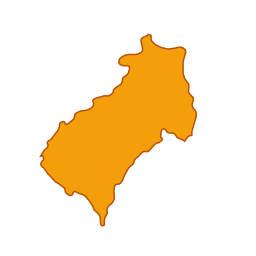 outline of Deux-Sèvres, rotated 234°
{"feature_id": "FRA-5285", "entity_name": "Deux-Sèvres", "entity_type": "Metropolitan department", "adm_level": 1, "iso_a3": "FRA", "parent_name": "France", "parent_adm1": "", "projection": "albers", "projection_center": [-0.346, 46.535], "detail": "fine", "context": "isolated", "style": "filled", "palette": "amber", "viewbox_px": 256, "rotation_deg": 234, "n_neighbors": 0, "source": "natural_earth", "source_scale": "10m", "svg_char_len": 2713}
<svg xmlns="http://www.w3.org/2000/svg" viewBox="0 0 256 256"><g transform="rotate(234 128 128)"><path d="M102.5,192.6L99.8,192.0L97.3,190.1L87.6,177.6L84.5,175.3L85.6,173.1L85.6,170.9L85.0,168.5L83.9,166.1L85.3,165.7L87.0,164.8L87.8,164.1L90.9,162.5L92.0,162.2L95.3,162.3L96.0,162.2L96.9,161.7L100.3,157.9L101.3,157.4L102.3,157.2L103.2,157.3L104.1,157.5L104.7,157.5L105.5,157.1L106.3,156.2L106.7,155.0L106.4,153.8L105.1,152.2L101.3,149.0L100.4,149.0L99.8,149.4L99.0,149.5L98.3,148.7L97.9,146.3L98.0,144.7L98.9,142.1L99.0,141.1L99.0,140.0L97.2,131.3L97.5,129.7L98.2,128.6L99.1,127.9L99.7,127.0L99.9,126.0L99.8,124.4L98.9,119.6L98.8,116.3L98.5,115.1L97.8,113.8L96.4,112.1L95.8,110.4L95.6,109.1L95.7,107.9L95.6,106.8L95.3,105.4L94.8,103.8L91.8,97.5L88.8,92.7L87.9,90.0L87.8,88.2L88.9,86.1L89.2,85.1L89.3,84.4L88.9,83.4L88.0,82.0L85.6,79.8L79.2,75.7L78.2,74.4L77.2,72.6L76.5,69.9L76.3,66.6L75.9,65.1L74.5,63.1L71.5,61.4L70.4,59.7L69.0,56.6L67.5,54.8L63.4,51.8L63.7,50.8L63.7,50.4L64.0,49.7L64.7,49.2L66.3,49.5L67.5,50.0L71.9,52.9L72.9,53.4L74.0,53.6L75.5,53.6L81.9,52.5L85.1,53.4L91.2,54.0L98.4,53.3L100.4,52.5L101.0,52.2L102.9,50.4L107.6,48.0L108.2,47.1L108.1,46.2L106.9,44.2L106.6,43.1L107.0,42.1L107.9,41.2L108.9,40.6L111.2,39.8L112.4,39.7L113.6,39.9L116.1,41.3L117.7,41.0L123.9,39.1L126.9,37.7L138.7,36.2L145.2,36.4L147.4,35.8L148.6,35.7L149.8,36.1L151.0,37.2L151.6,38.7L151.8,40.0L152.2,41.1L152.8,41.8L155.6,42.7L156.6,40.7L159.1,46.7L159.7,51.3L160.4,52.6L161.1,53.2L162.9,53.6L163.7,54.2L164.3,55.5L164.3,56.7L164.1,58.0L164.2,59.5L167.4,70.2L169.1,73.0L171.4,75.1L172.0,76.5L171.7,78.9L170.5,80.2L168.6,79.9L167.1,80.1L166.8,82.8L166.9,87.2L167.2,89.4L168.1,90.9L169.8,92.5L170.4,93.6L170.5,95.1L170.3,96.9L169.2,100.5L167.2,104.0L166.2,106.5L165.8,109.2L166.1,111.9L166.5,113.0L167.2,113.9L167.9,114.5L170.6,115.4L171.2,116.3L171.3,117.9L171.0,119.3L168.2,127.4L165.8,130.5L165.3,131.9L165.1,134.1L165.1,135.2L165.4,136.2L165.8,137.1L167.0,138.3L167.5,139.1L167.9,142.0L167.6,148.1L168.8,150.6L171.0,152.5L171.5,153.5L171.7,154.5L171.5,157.8L172.3,160.5L174.4,163.4L176.8,165.2L178.6,164.5L180.1,162.1L181.9,160.1L184.0,158.9L186.2,159.0L188.6,161.2L189.2,164.8L188.5,168.7L187.0,171.9L182.9,177.5L182.0,179.8L181.5,182.1L181.4,183.4L181.7,184.4L182.7,185.8L184.1,186.7L190.4,189.4L191.9,190.5L192.6,192.9L192.3,194.5L191.8,196.2L191.4,197.8L191.8,199.6L189.6,201.0L188.1,200.4L186.8,199.1L184.8,198.3L179.5,199.1L173.5,202.2L168.2,206.9L165.0,212.9L163.8,216.0L162.4,218.2L160.4,219.5L157.8,220.3L155.4,219.3L149.3,211.6L140.0,204.8L135.0,203.0L127.4,202.8L121.7,198.3L119.1,197.9L114.0,198.6L111.7,196.7L109.5,193.8L107.2,192.6L102.5,192.6Z" fill="#f59e0b" stroke="#b45309" stroke-width="1.5"/></g></svg>